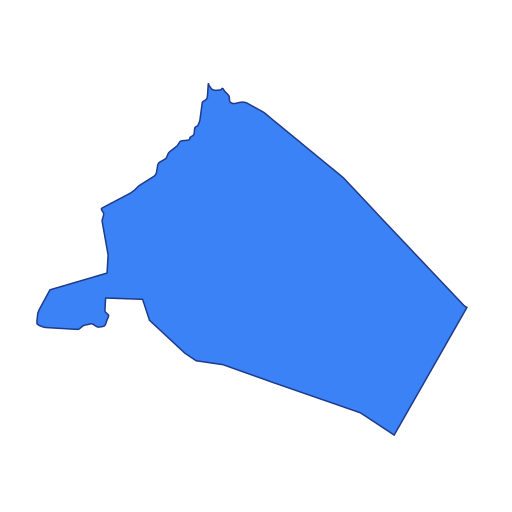 map outline of Kanem (Albers equal-area conic projection), rotated 94°
{"feature_id": "TCD-1465", "entity_name": "Kanem", "entity_type": "Prefecture", "adm_level": 1, "iso_a3": "TCD", "parent_name": "Chad", "parent_adm1": "", "projection": "albers", "projection_center": [14.708, 15.037], "detail": "fine", "context": "isolated", "style": "filled", "palette": "blue", "viewbox_px": 512, "rotation_deg": 94, "n_neighbors": 0, "source": "natural_earth", "source_scale": "10m", "svg_char_len": 2182}
<svg xmlns="http://www.w3.org/2000/svg" viewBox="0 0 512 512"><g transform="rotate(94 256 256)"><path d="M87.0,315.4L88.8,315.0L92.6,311.9L93.4,309.8L93.6,307.7L92.9,303.3L92.5,302.6L91.3,301.6L91.2,301.0L91.6,300.4L93.8,298.8L97.3,294.9L98.4,294.0L100.7,293.5L102.8,293.3L104.5,292.4L105.5,289.8L105.3,287.4L103.8,282.5L103.4,280.2L103.5,277.7L104.1,275.6L105.8,272.0L109.4,264.2L112.3,258.0L115.5,253.5L118.9,248.9L122.2,244.2L125.5,239.5L128.8,234.9L132.1,230.2L135.4,225.6L138.7,220.9L142.1,216.2L145.4,211.6L148.7,206.9L152.0,202.3L155.3,197.6L158.6,193.0L161.9,188.3L165.2,183.6L168.5,179.0L171.7,174.5L177.7,168.0L184.1,161.0L188.4,156.4L194.6,149.7L200.8,143.0L207.0,136.4L213.2,129.7L219.3,123.0L225.5,116.3L231.6,109.6L237.8,102.9L244.0,96.2L250.1,89.5L256.3,82.8L262.4,76.1L268.6,69.4L274.7,62.7L280.9,56.0L287.0,49.3L290.7,45.3L292.1,43.2L292.5,42.0L294.3,42.8L425.0,105.7L405.2,140.8L381.1,229.9L366.7,281.5L364.7,308.4L357.9,320.2L327.5,357.8L307.1,366.1L308.4,403.1L321.3,402.9L321.9,402.7L322.4,402.3L324.9,399.3L325.3,398.9L325.9,398.9L326.6,398.9L327.9,399.3L330.2,400.2L332.8,400.8L335.2,401.6L335.9,402.0L336.5,402.6L337.0,404.0L337.5,405.7L337.9,408.3L337.9,409.0L337.3,410.5L335.3,414.1L335.1,414.9L335.1,415.7L336.3,419.6L336.6,421.1L337.2,422.7L337.4,423.2L338.5,424.6L340.9,427.0L341.5,428.0L341.7,429.6L342.0,460.6L341.7,463.3L340.3,467.8L338.9,469.7L336.3,470.0L328.3,469.7L324.6,468.5L304.1,459.2L283.4,403.4L265.3,403.6L232.2,411.9L231.3,412.0L225.8,410.9L225.0,410.9L223.7,411.1L221.0,413.1L219.9,413.6L218.8,412.8L201.9,385.5L198.8,381.8L194.4,378.0L193.2,376.5L183.4,363.1L182.6,362.4L181.9,361.9L180.8,361.4L179.5,361.1L172.2,360.4L171.2,360.1L170.0,359.6L168.9,358.4L165.8,353.7L164.5,352.3L159.5,350.6L158.0,349.4L151.5,342.2L147.8,340.2L147.0,339.6L146.6,339.0L146.1,337.3L145.3,332.4L145.1,331.6L144.6,330.7L144.0,330.3L143.3,330.1L142.6,330.2L142.1,329.9L140.2,327.2L139.4,326.7L138.6,326.4L137.3,326.2L133.4,326.1L132.4,325.9L131.8,325.6L131.4,325.1L130.0,323.1L125.0,321.5L106.6,320.3L105.8,319.8L105.1,318.9L104.0,317.3L102.5,316.1L101.2,315.7L99.6,315.6L87.8,315.6L87.0,315.4Z" fill="#3b82f6" stroke="#1e3a8a" stroke-width="1.5"/></g></svg>